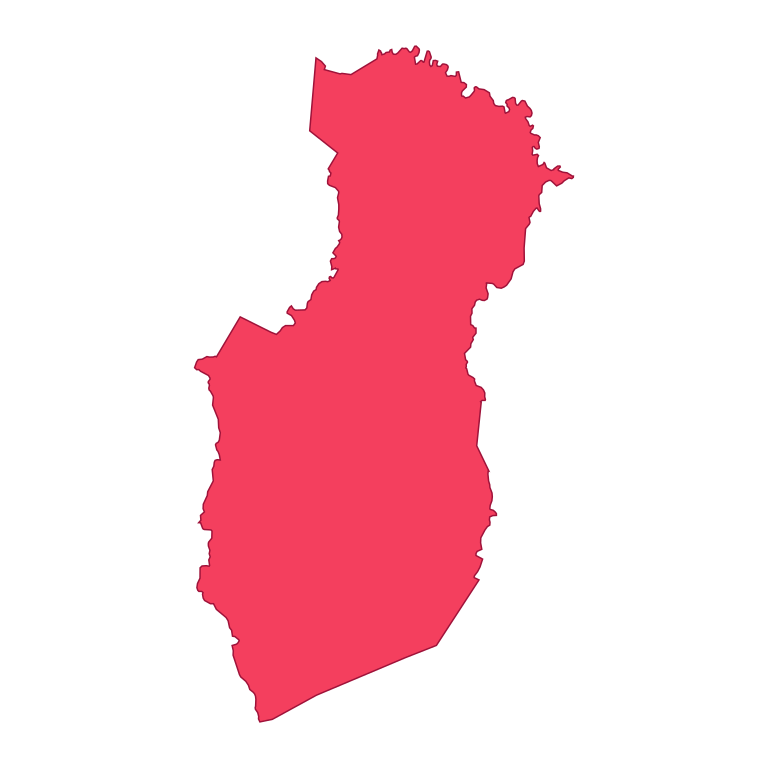 the district of Candelaria Loxicha, Oaxaca, Mexico
{"feature_id": "50627088B4271549449183", "entity_name": "Candelaria Loxicha", "entity_type": "district", "adm_level": 2, "iso_a3": "MEX", "parent_name": "Mexico", "parent_adm1": "Oaxaca", "projection": "robinson", "projection_center": [-96.515, 15.9], "detail": "fine", "context": "isolated", "style": "filled", "palette": "rose", "viewbox_px": 768, "rotation_deg": 0, "n_neighbors": 0, "source": "geoboundaries", "source_scale": "gbopen_adm2", "svg_char_len": 6032}
<svg xmlns="http://www.w3.org/2000/svg" viewBox="0 0 768 768"><path d="M259.9,721.9L272.4,719.3L316.4,695.2L405.2,657.7L436.4,645.4L479.0,579.9L474.3,577.7L474.1,577.1L474.5,575.7L477.6,571.6L480.0,567.0L482.6,559.1L476.5,555.8L476.0,555.5L476.0,553.5L477.1,551.4L481.8,549.3L480.6,542.9L480.8,537.8L485.0,529.9L487.4,526.6L489.8,525.1L490.0,522.2L489.4,519.8L489.7,516.9L492.8,515.6L496.4,515.4L496.4,513.6L495.3,512.1L493.3,510.3L490.2,509.4L489.8,508.5L490.2,505.3L491.9,500.7L492.3,496.8L492.0,493.0L489.9,487.5L489.7,484.7L488.6,481.0L487.9,474.0L488.3,470.5L488.7,470.7L476.7,445.8L481.2,402.3L480.6,401.7L482.1,400.4L485.1,400.4L485.4,399.6L484.7,396.8L484.8,393.0L483.5,390.0L481.2,387.4L476.2,385.5L474.4,380.9L474.6,379.0L473.0,377.5L468.8,375.2L468.0,374.2L466.7,368.8L465.8,367.8L466.3,366.7L466.2,364.3L467.5,362.2L467.3,361.3L465.6,359.7L464.5,353.4L470.6,347.1L470.9,343.6L473.3,339.6L472.7,337.7L472.9,337.1L476.0,333.2L476.0,328.1L474.5,328.0L472.8,325.6L470.7,324.6L470.5,316.2L472.0,313.2L471.9,308.7L474.5,305.3L475.2,302.1L476.6,300.2L479.5,299.2L482.2,300.3L484.4,300.5L487.0,299.1L487.6,297.6L488.1,293.8L486.1,287.9L486.7,283.4L485.8,282.9L492.3,283.4L493.8,284.2L496.8,287.5L501.3,288.2L504.2,286.9L506.6,285.2L511.1,278.9L513.0,271.8L514.8,268.9L523.1,264.4L524.3,261.1L524.1,248.0L525.6,228.6L529.3,224.1L530.0,222.4L529.0,217.5L529.7,216.7L530.6,216.5L533.4,211.3L536.0,208.3L537.0,208.0L539.1,211.0L540.0,211.5L540.6,211.2L540.6,208.8L539.2,203.7L538.8,195.7L539.4,194.5L541.7,192.4L542.2,185.5L545.6,182.0L549.0,180.4L550.8,180.5L551.8,181.3L556.6,185.9L561.8,183.2L564.3,180.7L568.8,177.9L571.8,178.6L573.3,177.4L573.4,176.1L572.4,176.1L567.1,172.8L562.7,172.2L558.3,170.4L558.2,169.2L560.3,167.0L559.9,166.0L557.6,166.1L553.9,168.8L553.8,169.6L551.1,170.5L546.5,167.8L544.8,163.1L544.1,162.5L542.9,164.5L538.4,166.5L537.3,163.8L537.1,160.7L537.5,157.7L538.5,155.6L537.2,154.3L532.9,155.2L532.1,154.2L532.7,150.7L532.3,147.4L533.0,146.6L534.1,146.5L535.3,148.3L536.8,149.1L539.0,148.4L539.3,146.8L538.3,142.4L540.2,137.6L538.3,135.7L536.1,134.9L534.6,135.0L530.8,133.3L530.2,132.5L531.1,129.9L532.8,128.5L533.4,125.9L532.6,125.2L530.2,126.3L529.2,125.5L528.0,121.9L525.6,118.6L525.3,117.2L527.0,116.5L530.1,116.9L531.4,115.6L532.0,113.1L531.3,110.4L529.9,108.4L527.4,106.1L524.9,101.1L522.3,100.5L521.3,101.1L518.1,105.1L516.9,105.2L515.6,103.4L515.1,98.4L514.1,97.6L512.5,97.4L508.3,99.8L507.2,100.0L506.2,100.8L505.7,102.6L507.2,104.4L507.0,105.9L509.1,108.1L509.6,109.6L508.9,111.6L505.6,113.2L505.1,112.8L504.0,106.9L502.6,106.2L498.9,106.4L495.3,105.6L493.7,103.4L493.3,100.6L490.0,96.2L489.4,92.8L484.1,89.6L479.0,88.9L476.5,86.9L475.3,86.8L474.2,87.9L474.5,90.3L474.2,91.3L471.0,95.2L469.4,96.9L465.5,98.0L463.2,96.1L462.0,96.2L461.6,95.7L461.5,92.8L462.3,91.0L466.3,87.1L466.4,84.5L463.9,82.6L461.2,82.4L458.6,71.8L456.4,72.1L456.3,75.4L455.2,76.4L450.9,75.6L449.1,76.3L447.0,76.1L445.5,72.7L447.4,69.8L448.2,67.0L447.7,65.7L446.4,64.6L443.8,64.0L442.5,64.1L440.4,66.5L437.4,66.2L436.7,64.3L437.7,61.2L435.5,60.4L433.3,60.6L432.3,65.5L430.9,66.5L429.7,65.0L429.4,62.1L429.8,60.0L430.9,58.6L431.2,57.1L429.4,51.7L428.3,51.0L427.2,51.2L424.0,62.0L423.3,62.2L421.7,60.6L420.7,60.6L417.0,64.0L415.6,64.2L414.4,57.2L415.4,56.3L417.5,55.7L419.0,52.6L419.4,50.0L419.0,48.8L416.2,46.1L414.7,46.3L412.3,50.9L410.5,52.3L409.3,51.9L406.9,48.7L405.9,48.2L404.2,48.6L402.1,48.2L397.8,53.0L395.9,54.3L393.4,54.2L392.2,52.3L391.7,49.5L390.2,50.1L389.4,52.0L386.0,52.5L384.6,53.9L381.9,54.7L381.3,52.3L380.5,52.0L380.5,51.0L378.9,50.0L377.5,54.0L377.7,55.0L376.9,58.9L351.0,74.6L341.9,73.4L340.1,73.9L324.3,69.6L325.4,66.1L321.5,61.6L316.0,57.9L309.7,130.8L337.7,153.0L328.2,168.9L329.3,170.4L329.5,171.6L330.9,173.0L330.3,175.9L328.5,176.3L327.6,181.0L327.7,183.7L329.4,185.3L335.4,187.6L338.6,191.3L338.7,192.9L337.5,197.7L338.8,204.6L338.8,209.1L338.4,215.1L337.2,217.9L337.4,218.9L339.1,220.5L339.4,221.7L338.6,227.1L339.6,231.5L341.8,234.3L342.0,237.0L341.4,238.7L340.1,240.0L338.7,240.6L339.7,242.2L339.3,243.9L337.0,247.1L335.4,248.4L332.9,252.8L336.2,256.3L335.5,257.9L334.0,258.6L331.7,258.7L330.4,261.1L331.8,266.5L331.6,269.7L335.4,268.2L335.6,268.8L338.0,269.1L338.1,269.8L334.0,277.3L333.1,278.0L331.6,277.7L330.7,276.5L329.5,276.9L329.1,278.3L330.2,280.5L327.8,281.7L325.6,281.3L321.9,281.6L318.8,283.7L316.5,287.3L316.1,289.6L313.7,291.1L311.7,294.8L310.9,299.6L308.1,301.6L307.4,303.2L306.8,308.0L305.0,309.9L295.4,310.2L293.3,308.9L291.4,305.9L289.6,307.4L287.1,311.9L287.2,313.2L291.5,315.6L294.5,320.3L295.3,323.0L293.4,325.6L285.5,325.6L282.4,327.6L280.2,330.9L276.4,334.4L271.1,332.3L240.2,316.9L216.5,356.8L215.1,356.3L213.3,357.0L209.5,357.1L206.9,356.6L202.2,359.2L198.2,359.6L196.6,362.0L194.6,367.7L196.7,369.7L198.8,369.6L200.6,371.3L208.5,375.5L210.0,378.1L210.0,379.3L208.3,381.6L208.2,382.8L209.1,383.8L209.4,385.5L208.8,388.1L209.1,389.9L210.5,391.3L213.1,395.9L213.4,397.6L212.6,405.1L218.3,419.3L218.7,427.8L220.3,432.7L219.3,440.2L218.1,442.3L216.2,443.4L215.5,444.8L216.8,449.9L218.0,451.4L219.3,454.7L220.3,460.0L217.2,459.7L215.1,460.4L214.3,462.2L213.8,466.3L212.2,469.5L213.3,480.9L207.7,491.7L207.3,495.5L203.3,504.2L203.1,508.7L204.4,511.9L200.5,515.4L200.9,520.2L198.7,522.7L200.6,522.8L202.6,528.2L203.3,529.1L204.3,529.5L210.9,529.9L212.0,531.1L211.8,538.2L208.6,542.2L208.3,543.7L208.4,546.0L209.9,550.3L209.2,553.7L210.2,556.8L208.8,559.9L209.6,565.5L209.1,566.2L206.3,565.7L202.0,566.0L200.1,567.8L200.0,578.2L197.5,583.5L196.9,587.7L197.8,590.3L198.9,591.4L201.7,591.4L203.0,592.6L202.5,594.2L203.2,598.1L204.6,600.5L210.4,603.7L213.5,603.7L216.4,609.4L226.1,617.5L228.1,620.7L229.6,627.7L231.6,630.3L232.5,636.2L235.0,636.6L238.7,639.7L239.2,640.7L237.9,642.9L236.5,644.2L232.1,645.5L233.3,650.8L233.1,655.2L239.5,674.7L240.8,677.0L245.8,681.3L248.4,685.2L249.8,689.5L253.3,692.3L254.6,693.9L255.5,696.1L255.9,699.4L255.6,706.3L255.2,707.5L255.4,709.2L257.7,712.6L258.7,716.5L258.5,718.9L259.9,721.9Z" fill="#f43f5e" stroke="#9f1239" stroke-width="1.5"/></svg>